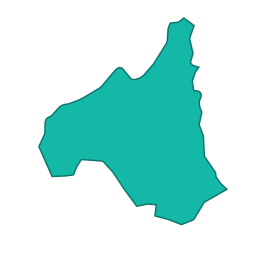 Cheshire West and Chester, Mercator projection, rotated 83°
{"feature_id": "GBR-5707", "entity_name": "Cheshire West and Chester", "entity_type": "Unitary Authority", "adm_level": 1, "iso_a3": "GBR", "parent_name": "United Kingdom", "parent_adm1": "", "projection": "mercator", "projection_center": [-2.803, 53.149], "detail": "fine", "context": "isolated", "style": "filled", "palette": "teal", "viewbox_px": 256, "rotation_deg": 83, "n_neighbors": 0, "source": "natural_earth", "source_scale": "10m", "svg_char_len": 1016}
<svg xmlns="http://www.w3.org/2000/svg" viewBox="0 0 256 256"><g transform="rotate(83 128 128)"><path d="M67.2,130.2L67.1,129.0L67.5,127.3L68.5,126.1L79.6,119.0L80.4,117.5L80.7,115.2L80.1,110.9L78.8,108.0L77.5,105.9L67.6,94.9L48.4,79.3L45.6,78.2L34.4,76.1L29.1,73.4L29.1,65.0L25.6,59.2L34.4,50.0L46.7,56.0L61.9,54.4L70.7,58.1L73.7,56.2L75.7,51.7L76.3,50.3L81.0,54.6L89.7,58.5L98.9,58.2L99.2,57.1L99.6,55.0L100.6,52.7L102.8,51.3L105.5,51.5L110.0,53.9L112.2,54.4L117.1,54.0L121.3,52.8L133.3,57.0L145.1,54.2L165.4,55.6L182.8,46.6L187.2,46.6L194.1,43.0L200.9,37.3L210.9,61.3L227.0,74.0L230.4,86.7L223.6,99.3L218.5,112.0L207.6,109.2L205.9,117.7L206.7,128.9L189.0,138.8L169.6,148.6L157.8,157.0L153.6,178.1L160.3,183.7L167.9,187.9L167.9,196.3L166.9,209.2L135.6,218.7L123.4,211.2L112.2,209.5L110.0,208.6L108.5,207.3L106.3,202.1L98.9,193.6L97.5,190.7L96.9,188.2L97.0,186.3L96.8,184.4L94.9,175.7L92.8,169.2L84.9,151.3L83.4,149.1L68.8,133.3L67.2,130.6L67.2,130.2Z" fill="#14b8a6" stroke="#0f766e" stroke-width="1.5"/></g></svg>